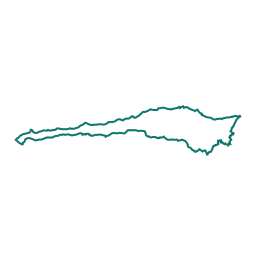 outline of Valea Mare Pravat, Arges, Romania, rotated 276°
{"feature_id": "2599482B14695579023436", "entity_name": "Valea Mare Pravat", "entity_type": "district", "adm_level": 2, "iso_a3": "ROU", "parent_name": "Romania", "parent_adm1": "Arges", "projection": "orthographic", "projection_center": [25.103, 45.372], "detail": "fine", "context": "isolated", "style": "outline", "palette": "teal", "viewbox_px": 256, "rotation_deg": 276, "n_neighbors": 0, "source": "geoboundaries", "source_scale": "gbopen_adm2", "svg_char_len": 5982}
<svg xmlns="http://www.w3.org/2000/svg" viewBox="0 0 256 256"><g transform="rotate(276 128 128)"><path d="M149.4,236.3L151.2,238.4L151.7,238.1L151.6,237.5L150.8,236.9L150.7,236.6L151.0,236.4L151.1,235.4L151.0,234.6L151.0,234.1L151.4,233.4L151.0,232.9L150.5,231.4L149.8,230.5L149.8,230.3L150.1,230.0L148.9,227.0L148.9,225.6L148.8,224.8L148.2,223.9L147.9,222.3L147.4,221.4L147.2,220.9L146.8,220.7L147.1,220.3L146.9,219.9L147.0,218.6L146.8,218.4L146.2,215.4L145.4,213.5L145.6,211.6L146.0,211.3L146.2,210.5L146.8,209.3L147.0,205.2L147.3,203.9L147.7,203.3L148.2,201.9L148.6,200.1L149.6,200.2L149.9,200.1L150.1,199.8L150.0,198.8L150.3,198.6L150.6,197.9L152.4,195.9L153.1,195.6L153.5,195.1L153.5,194.9L152.8,194.1L152.0,192.8L152.7,192.6L152.1,192.5L153.4,187.5L155.0,184.4L154.3,182.1L153.9,181.6L155.1,181.0L155.4,180.6L153.3,177.5L154.2,177.2L154.2,176.7L154.3,176.5L153.2,175.5L153.3,175.3L151.6,170.4L151.6,169.7L151.1,169.4L150.9,168.5L151.2,167.6L151.0,167.0L151.0,165.7L151.5,163.9L151.9,161.8L151.7,159.6L151.0,157.9L150.8,156.3L150.5,156.1L150.5,155.9L149.4,155.5L148.8,154.9L148.8,154.2L148.6,150.0L148.7,149.4L149.0,148.8L148.9,148.4L147.0,145.8L146.5,144.5L146.1,144.1L145.6,142.9L145.7,142.1L145.5,141.1L141.4,137.6L140.6,136.3L139.8,135.6L139.0,134.2L138.9,134.0L139.2,133.3L139.0,133.0L139.2,132.3L140.1,131.7L140.0,130.5L137.9,128.6L137.3,127.2L137.3,125.1L136.6,124.4L136.6,124.1L136.2,123.8L135.9,122.7L135.1,122.3L135.1,121.1L135.9,119.2L135.5,117.1L134.3,115.4L133.5,114.7L132.7,113.2L132.5,112.0L132.2,111.5L132.3,110.2L131.8,109.1L131.7,108.8L131.9,108.3L131.8,108.1L129.8,105.9L129.1,104.5L128.8,102.4L128.9,100.5L128.7,98.9L128.2,97.1L128.0,95.6L127.6,94.4L127.7,93.2L127.1,91.8L127.3,89.9L127.5,89.7L127.6,88.5L128.0,87.7L128.6,85.7L128.7,84.9L126.7,82.9L125.4,80.5L123.9,79.0L123.0,77.7L122.7,77.1L122.3,75.6L121.5,74.3L121.4,73.6L121.6,72.7L121.3,71.9L121.3,71.4L121.7,70.7L121.7,70.3L120.9,69.0L120.6,68.0L120.3,66.5L120.2,65.1L120.0,64.0L120.1,63.1L119.9,61.6L119.9,60.8L120.4,59.5L120.1,57.7L119.9,56.8L119.0,56.5L118.3,55.4L118.2,54.6L118.4,54.1L118.1,53.3L117.8,52.9L117.8,52.4L117.3,51.4L117.1,50.7L117.2,50.0L117.6,49.3L117.8,48.6L116.9,47.8L116.9,46.7L116.8,46.0L116.9,45.3L116.7,43.8L115.8,42.5L115.3,41.1L115.2,40.5L113.7,38.1L113.4,36.9L113.6,36.1L113.7,34.7L113.8,34.4L114.9,33.7L115.9,32.7L116.2,31.9L116.1,31.4L115.0,31.7L113.2,30.6L112.9,29.9L112.8,29.4L112.1,28.0L112.0,27.5L111.0,24.6L110.1,23.1L109.3,22.2L109.2,21.8L108.7,21.3L106.6,19.8L106.5,19.4L106.1,18.8L104.5,17.6L103.8,18.9L102.5,20.3L101.4,22.3L101.2,22.7L101.0,24.0L100.7,24.3L100.6,24.8L100.9,25.0L102.4,25.0L102.6,25.5L103.2,26.2L104.2,26.7L105.4,26.8L106.2,27.3L107.4,29.1L107.6,31.2L107.0,34.3L106.0,36.8L106.2,38.1L107.3,41.2L107.3,42.4L107.4,43.0L108.3,44.6L108.4,45.2L109.7,47.2L109.8,48.3L110.2,48.6L110.3,50.1L110.1,50.8L110.6,52.0L110.6,54.0L110.9,54.4L112.0,55.6L112.7,57.6L112.9,59.3L113.2,59.9L113.8,60.4L114.3,61.5L114.3,62.1L114.2,63.0L114.9,64.3L115.0,64.8L114.6,65.7L115.5,69.6L115.1,70.8L114.7,73.1L115.6,75.3L115.8,77.2L116.5,78.0L116.9,79.2L117.4,79.7L117.9,80.9L117.7,82.5L117.2,83.2L116.7,83.3L116.5,83.7L116.7,83.8L116.9,84.3L117.1,84.3L117.2,84.8L117.6,86.5L117.3,86.7L117.7,86.9L117.7,87.5L118.1,88.4L118.1,89.2L117.4,90.7L117.3,90.9L117.1,90.7L116.9,91.4L116.7,91.5L116.5,91.9L116.6,92.3L116.5,92.5L116.4,93.2L116.4,93.6L117.2,94.7L117.3,95.3L117.7,96.1L118.1,99.0L118.6,101.1L118.4,102.8L118.2,103.2L118.0,105.9L117.8,106.4L117.1,106.5L116.9,106.7L117.9,107.7L118.1,108.6L118.5,109.5L120.9,112.4L121.5,113.7L121.6,115.0L121.4,116.0L121.6,117.1L121.6,117.4L121.7,118.3L122.0,119.5L122.3,120.0L122.3,122.6L122.1,124.1L122.4,125.2L123.0,125.9L124.4,126.9L125.0,127.7L125.6,127.9L125.6,128.2L126.0,129.0L125.9,130.3L126.2,131.1L126.0,131.4L126.2,132.0L126.2,133.1L126.4,133.5L126.6,135.1L126.4,135.7L126.6,136.6L126.1,138.1L126.0,138.8L126.5,140.1L126.6,140.6L126.6,142.5L126.5,143.4L126.6,143.9L126.5,144.8L126.3,145.2L125.4,145.5L124.6,146.2L123.1,146.4L122.6,146.9L121.7,148.2L121.7,148.8L121.9,149.3L121.9,149.6L121.4,150.1L121.1,150.8L121.0,151.4L121.0,151.9L121.6,153.3L121.7,154.7L121.9,155.6L121.7,156.7L120.9,158.4L121.3,159.0L121.3,159.8L121.6,159.7L121.7,159.9L121.7,160.6L122.1,161.2L121.9,161.7L122.3,163.4L122.6,163.7L122.8,164.1L123.2,164.3L123.2,164.5L122.1,165.6L120.8,167.9L120.5,168.7L120.5,169.7L120.9,171.9L121.1,172.3L121.0,172.7L121.0,173.4L121.4,174.1L121.2,174.8L121.1,175.9L121.6,177.7L121.1,178.6L120.7,178.8L121.0,179.1L120.7,179.7L121.5,182.0L121.9,182.3L122.1,182.8L120.9,186.6L118.2,189.0L117.8,189.2L117.5,189.0L115.7,189.7L115.4,190.1L114.8,192.2L113.5,193.8L112.8,194.2L112.8,194.3L112.9,194.5L112.3,195.5L112.4,196.2L111.6,196.8L111.7,197.2L111.3,197.8L112.2,198.7L112.3,199.3L112.7,199.5L113.8,200.9L114.3,201.2L113.4,203.0L112.7,204.2L112.9,204.2L112.8,205.2L113.0,205.5L113.9,206.9L113.1,207.7L112.2,208.4L110.4,209.2L110.9,209.5L110.7,209.7L111.0,209.7L111.5,210.6L112.4,211.1L112.3,211.3L112.4,211.6L113.0,212.2L112.9,212.5L113.0,212.9L115.4,213.9L116.2,214.1L116.7,214.0L117.2,214.4L118.3,214.5L119.1,214.9L119.1,215.4L119.6,216.0L119.8,216.1L120.0,216.7L120.2,216.8L120.3,217.3L120.1,217.3L120.2,217.5L120.6,217.9L120.6,218.2L121.2,219.3L122.5,219.0L122.8,219.5L123.4,219.3L124.0,218.8L124.6,218.8L124.3,219.7L125.3,220.3L125.2,221.1L125.5,221.6L123.3,222.0L123.2,222.8L124.0,222.9L123.1,223.9L122.0,225.5L122.8,226.3L122.2,226.8L122.1,227.6L121.8,228.4L121.2,229.1L122.0,229.2L122.3,230.5L122.4,230.3L122.9,230.2L123.2,230.0L123.3,230.3L123.1,231.1L124.6,230.5L125.5,230.7L126.3,231.3L126.4,231.2L126.9,231.6L127.1,231.9L128.6,230.8L128.4,230.7L128.7,230.3L129.3,229.9L130.4,230.1L130.8,230.2L130.9,231.1L131.2,231.3L132.0,231.3L132.3,231.6L132.5,232.6L132.4,233.1L133.4,233.6L133.9,233.5L133.8,233.0L135.4,230.3L137.2,231.1L138.6,231.2L139.3,231.9L139.6,231.7L140.6,232.6L141.5,232.7L141.7,233.1L144.2,233.6L145.2,234.4L145.8,234.3L146.8,234.6L149.4,236.3Z" fill="none" stroke="#0f766e" stroke-width="2"/></g></svg>